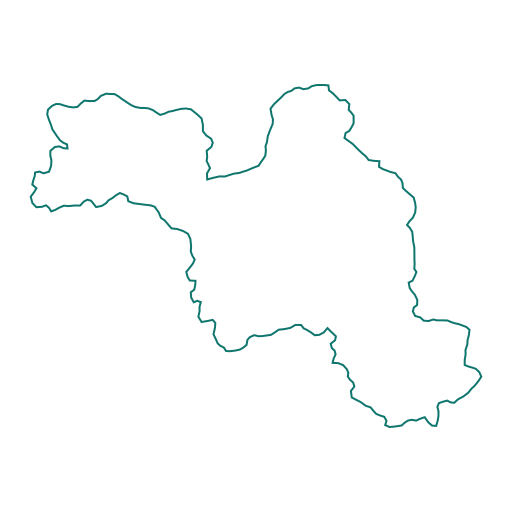 outline of Jampruca, Minas Gerais, Brazil
{"feature_id": "56859067B52389882389753", "entity_name": "Jampruca", "entity_type": "district", "adm_level": 2, "iso_a3": "BRA", "parent_name": "Brazil", "parent_adm1": "Minas Gerais", "projection": "albers", "projection_center": [-41.751, -18.479], "detail": "fine", "context": "isolated", "style": "outline", "palette": "teal", "viewbox_px": 512, "rotation_deg": 0, "n_neighbors": 0, "source": "geoboundaries", "source_scale": "gbopen_adm2", "svg_char_len": 4366}
<svg xmlns="http://www.w3.org/2000/svg" viewBox="0 0 512 512"><path d="M114.6,94.1L110.1,94.0L106.1,93.7L100.8,95.9L97.8,99.1L94.5,101.0L89.6,101.1L84.4,100.6L80.8,103.5L77.5,106.9L73.3,107.4L69.1,106.9L64.0,105.5L59.8,104.1L56.1,104.0L52.1,105.8L48.0,109.6L47.2,114.4L48.9,119.6L51.0,124.9L52.4,129.4L54.8,132.9L57.1,136.4L60.0,140.3L63.2,142.7L67.0,144.4L67.5,148.5L63.5,148.2L59.4,146.4L54.9,147.0L50.4,150.8L50.3,155.7L51.4,160.1L51.1,165.9L49.0,171.7L43.6,173.3L39.4,171.6L35.1,172.5L34.7,176.2L33.3,180.4L32.3,184.6L36.4,188.2L34.3,191.9L30.7,196.7L32.4,203.1L36.4,207.2L42.0,206.8L46.0,205.3L49.0,207.8L51.2,211.4L55.0,210.0L59.6,207.5L63.9,205.7L68.5,206.1L74.5,205.5L80.2,205.5L83.9,201.5L87.4,199.7L91.0,200.7L93.5,203.7L96.1,207.1L101.8,205.9L106.2,203.1L108.5,200.3L112.6,197.9L116.1,195.2L119.9,193.0L123.9,194.6L127.3,196.4L128.3,201.2L133.7,203.3L139.4,204.0L144.7,204.7L150.3,205.3L154.6,206.7L158.6,212.2L161.0,217.9L164.8,220.5L167.9,224.2L171.5,228.4L177.2,229.0L183.3,231.1L188.1,233.9L190.4,239.2L191.1,246.2L190.8,251.7L192.5,256.0L194.7,259.5L193.0,263.4L190.0,267.4L186.3,271.9L187.7,277.2L189.8,280.5L195.5,280.8L195.2,285.3L194.2,289.7L190.8,292.3L191.2,297.7L193.8,302.3L197.1,300.8L200.8,302.1L199.5,307.0L199.6,310.8L198.4,316.8L201.6,322.0L208.0,320.9L212.7,319.9L215.3,322.9L215.0,327.5L213.5,334.3L216.1,339.8L217.7,343.4L220.3,345.8L223.9,347.6L226.0,351.0L229.9,351.2L235.1,350.6L239.8,349.6L243.0,347.8L246.6,344.9L247.4,339.9L249.9,337.1L254.2,335.2L258.5,336.2L262.3,336.1L266.4,335.5L270.9,334.9L275.0,332.3L278.7,329.7L284.4,329.1L290.3,327.9L295.4,324.9L301.1,325.0L303.6,328.3L306.9,329.9L310.8,332.3L314.7,335.2L319.1,334.9L323.7,332.5L327.5,328.1L330.2,330.9L332.8,333.3L335.9,336.3L335.1,340.2L330.7,343.8L331.9,348.2L334.5,350.4L335.6,354.3L333.6,358.7L332.6,362.9L338.2,363.1L343.1,365.1L346.9,369.3L348.3,372.8L347.8,376.5L350.0,379.7L353.2,382.6L354.3,386.6L350.9,391.0L351.8,397.5L355.6,399.5L360.7,402.1L365.8,405.8L370.5,407.3L373.4,410.8L376.2,413.9L380.4,415.6L384.2,416.8L386.5,420.8L385.2,425.1L389.5,427.0L394.4,426.6L401.6,425.5L404.8,422.6L407.9,420.6L411.7,419.8L416.2,420.6L419.5,419.0L424.7,417.2L428.3,422.3L432.1,425.6L436.2,425.9L437.7,420.6L438.4,416.5L438.5,411.4L437.4,406.8L438.9,403.1L443.1,401.7L447.2,400.6L450.4,402.3L454.2,402.8L458.0,399.3L463.3,396.5L468.3,392.7L471.4,388.7L474.1,386.3L476.5,383.5L479.1,380.1L481.3,376.6L479.2,372.0L475.8,368.8L472.3,367.6L468.7,366.6L464.7,365.0L464.7,359.9L465.6,354.5L465.5,349.9L467.3,344.6L467.6,339.9L468.9,334.9L469.5,329.8L466.4,327.0L462.5,325.5L459.0,324.2L454.6,323.2L451.2,322.1L447.5,320.5L442.0,320.3L436.7,320.3L433.3,319.5L428.7,321.0L423.8,320.7L420.1,317.3L415.2,316.0L412.9,311.5L413.8,307.5L417.1,305.0L417.3,299.9L414.8,294.7L411.9,291.3L409.7,288.0L408.7,282.6L412.5,280.7L414.7,276.3L416.4,272.0L414.3,268.8L414.6,264.2L414.4,258.6L414.4,253.2L414.3,247.1L413.1,241.3L412.7,236.2L412.2,231.8L409.9,227.9L407.0,225.0L409.3,221.5L413.0,217.5L415.2,212.4L415.7,207.3L415.2,203.3L413.7,197.6L408.8,193.4L405.6,190.6L402.9,188.0L402.5,183.1L401.0,179.5L397.9,176.7L395.5,173.2L390.9,172.1L387.1,170.7L382.6,169.0L379.0,166.8L379.4,161.2L373.5,160.8L368.6,160.0L365.9,156.4L362.6,153.7L358.8,150.1L355.7,147.0L353.0,144.2L348.5,140.9L344.5,138.0L345.6,133.0L349.2,131.0L351.2,127.9L353.6,123.4L353.6,119.4L353.6,115.7L351.3,112.6L348.7,109.9L349.3,104.1L345.3,100.0L339.7,100.4L336.3,96.8L332.5,93.0L329.0,90.4L328.4,85.4L323.9,85.0L320.0,85.0L316.2,85.1L311.7,86.2L308.3,88.4L303.3,89.2L299.1,87.6L294.5,88.4L291.3,90.9L287.7,92.0L284.4,94.0L281.7,96.9L277.9,100.5L273.9,104.3L270.5,108.7L271.6,115.1L273.0,119.5L272.6,124.2L270.1,130.0L267.8,136.2L266.9,142.3L265.5,146.3L265.9,150.5L265.3,155.7L263.2,159.0L260.9,162.2L258.6,165.8L255.2,167.0L251.0,168.7L247.0,170.5L243.2,171.6L239.1,173.0L234.0,173.6L229.5,175.0L224.9,176.5L219.5,176.4L212.9,177.9L207.2,179.5L207.0,173.4L210.0,168.2L208.3,164.4L206.6,161.0L207.2,157.0L206.7,150.7L211.3,147.0L212.8,142.7L211.1,138.7L206.2,135.4L202.9,131.2L202.9,124.9L201.6,118.5L197.8,114.9L194.5,112.2L190.9,109.3L185.7,108.5L181.0,108.9L175.8,110.1L172.2,111.1L168.7,111.7L164.9,113.5L160.2,114.9L155.9,112.2L152.9,110.1L148.6,108.4L145.1,108.0L140.2,107.9L135.4,107.0L131.3,105.2L127.9,103.0L124.5,100.7L121.2,98.5L118.4,96.3L114.6,94.1Z" fill="none" stroke="#0f766e" stroke-width="2"/></svg>